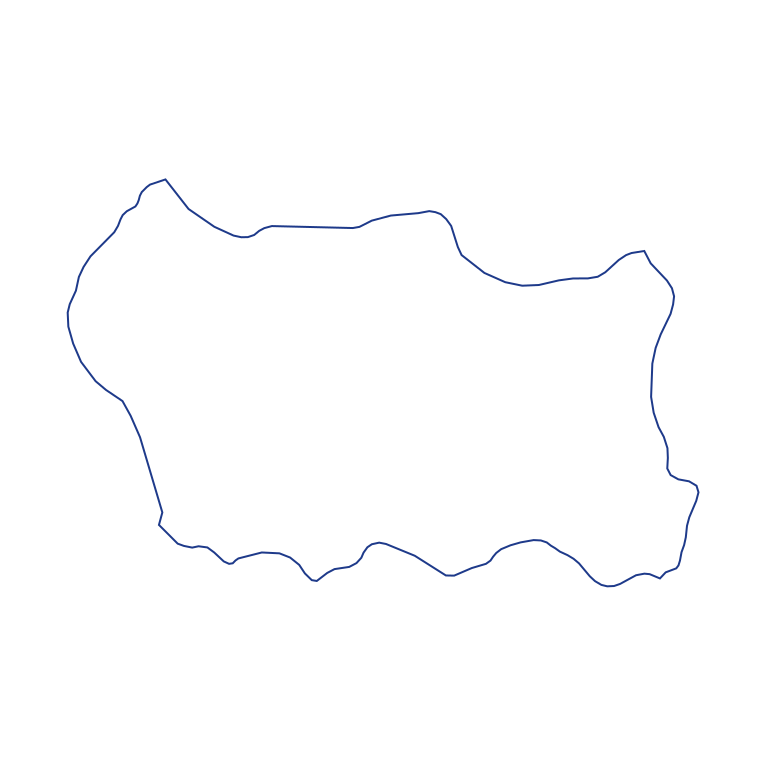 an SVG outline of Chimborazo, rotated 80°
{"feature_id": "ECU-1284", "entity_name": "Chimborazo", "entity_type": "Province", "adm_level": 1, "iso_a3": "ECU", "parent_name": "Ecuador", "parent_adm1": "", "projection": "albers", "projection_center": [-78.686, -1.912], "detail": "fine", "context": "isolated", "style": "outline", "palette": "blue", "viewbox_px": 768, "rotation_deg": 80, "n_neighbors": 0, "source": "natural_earth", "source_scale": "10m", "svg_char_len": 1993}
<svg xmlns="http://www.w3.org/2000/svg" viewBox="0 0 768 768"><g transform="rotate(80 384 384)"><path d="M272.7,684.9L258.7,683.1L250.8,679.6L238.6,671.2L225.6,665.9L216.5,659.5L207.3,650.9L187.7,623.3L182.1,618.5L176.1,614.9L172.3,612.0L169.2,607.3L166.0,598.0L163.4,595.5L160.3,593.6L156.2,591.7L152.9,589.2L148.9,583.5L147.0,579.8L144.6,563.7L177.7,546.1L199.7,523.8L211.7,506.4L214.7,499.0L215.7,492.5L214.7,486.0L211.5,480.3L209.7,474.8L209.0,467.0L225.0,387.6L225.0,380.9L221.0,367.7L219.3,348.0L221.7,320.5L221.6,309.4L223.7,303.5L226.6,298.6L232.4,294.1L240.0,290.4L261.9,287.5L270.5,285.2L292.1,265.8L304.8,246.9L311.2,230.8L313.4,214.3L312.3,193.8L312.9,179.5L315.4,164.8L315.5,154.9L312.4,146.7L302.6,131.2L299.1,123.2L298.0,117.5L298.2,104.6L311.5,100.4L331.2,87.4L339.7,83.8L348.0,83.1L355.9,85.5L364.7,89.6L383.2,102.9L395.6,110.2L410.5,116.2L443.1,123.2L459.1,123.4L474.2,121.1L484.7,117.6L496.4,116.0L506.1,117.3L516.4,119.7L523.5,117.5L529.0,110.7L532.8,100.5L538.5,93.9L545.3,93.1L553.3,96.8L568.3,106.5L576.2,110.2L587.4,113.4L594.7,116.4L601.3,120.2L609.3,123.2L613.8,125.5L616.3,128.2L618.4,139.3L623.4,146.0L617.4,155.4L616.0,160.5L616.1,169.0L621.9,186.3L622.9,192.5L622.0,199.3L619.6,204.8L614.8,210.4L609.1,214.7L594.5,223.1L589.0,227.7L584.4,233.0L579.6,239.9L575.4,244.0L572.2,247.7L568.3,251.2L565.3,256.7L563.7,263.7L563.7,276.9L564.8,287.4L567.0,297.3L569.9,302.8L573.0,306.5L576.4,309.8L578.8,314.8L580.5,329.5L584.9,348.2L583.3,356.3L558.5,383.5L541.9,409.8L539.4,416.3L539.7,423.8L541.9,428.7L546.5,433.4L551.2,436.5L555.6,442.2L558.1,450.0L557.7,464.9L560.2,472.7L566.3,484.4L564.6,489.2L556.8,494.8L547.4,498.9L538.6,506.6L532.6,516.4L528.7,533.6L530.5,557.7L532.0,560.9L534.3,564.1L534.2,567.8L530.9,572.6L520.4,580.5L514.3,586.3L511.6,594.8L511.8,601.3L508.7,609.2L505.4,614.9L483.7,630.1L472.0,624.6L394.1,633.5L371.4,639.0L355.4,644.5L341.6,658.8L331.2,667.5L309.6,678.5L290.2,683.1L272.7,684.9Z" fill="none" stroke="#1e3a8a" stroke-width="2"/></g></svg>